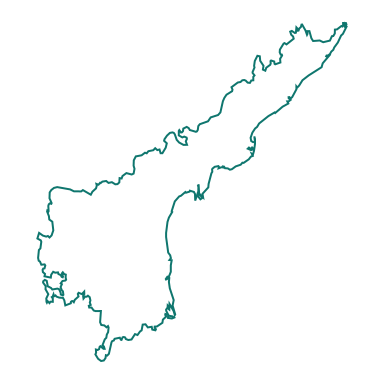 map outline of Andhra Pradesh (Equal Earth projection)
{"feature_id": "IND-2441", "entity_name": "Andhra Pradesh", "entity_type": "State", "adm_level": 1, "iso_a3": "IND", "parent_name": "India", "parent_adm1": "", "projection": "equal_earth", "projection_center": [79.939, 15.897], "detail": "fine", "context": "isolated", "style": "outline", "palette": "teal", "viewbox_px": 384, "rotation_deg": 0, "n_neighbors": 0, "source": "natural_earth", "source_scale": "10m", "svg_char_len": 5876}
<svg xmlns="http://www.w3.org/2000/svg" viewBox="0 0 384 384"><path d="M174.8,315.1L173.6,311.0L169.5,303.9L169.3,309.6L168.7,309.1L168.6,306.7L167.7,305.6L167.6,307.5L166.1,309.6L166.2,310.8L168.7,315.7L172.6,316.4L174.1,317.6L171.9,318.5L168.0,317.9L168.3,315.1L165.4,314.0L165.2,314.8L166.1,316.6L162.9,319.6L162.4,322.8L156.9,326.5L154.7,326.6L154.6,327.8L155.9,329.2L155.4,330.3L152.3,329.6L151.7,326.8L147.8,327.4L145.5,324.3L142.7,324.6L141.6,330.4L140.0,331.5L137.5,335.0L135.0,334.1L131.5,339.5L128.3,340.0L125.8,339.0L125.2,337.5L123.8,337.0L122.6,337.3L121.5,339.9L120.8,339.7L119.8,337.7L114.6,338.8L113.8,340.5L112.2,341.1L111.5,342.3L108.9,353.8L107.2,355.6L105.9,355.2L105.5,358.1L103.8,360.5L101.1,361.0L98.1,358.8L95.4,354.4L96.1,352.7L95.9,349.5L97.6,350.0L99.1,349.1L99.7,346.7L100.4,346.2L103.5,348.8L104.6,348.8L103.9,346.5L102.5,345.2L104.8,339.3L106.3,337.8L106.8,334.6L108.1,332.2L108.6,327.5L108.0,326.1L106.5,327.3L104.3,325.4L101.3,325.0L100.1,322.2L100.9,311.0L95.6,311.1L93.7,310.5L91.5,307.5L89.2,307.5L88.8,305.8L90.7,304.9L89.8,302.6L90.4,300.4L89.7,297.2L87.9,295.7L86.7,296.7L85.1,296.6L83.5,298.6L83.1,296.0L84.3,294.1L84.2,291.6L81.9,294.1L78.6,292.8L77.8,294.0L78.5,296.5L74.8,299.8L73.8,302.2L72.7,301.1L71.7,301.2L70.9,301.9L70.8,303.3L65.3,305.4L64.3,300.3L63.0,297.9L59.2,297.6L56.5,296.6L55.5,295.4L54.0,296.3L53.5,294.4L52.7,296.5L51.8,297.1L52.8,298.5L52.8,301.8L50.4,301.7L49.5,303.1L47.7,301.2L46.9,302.7L46.5,301.9L46.3,298.4L48.3,294.2L45.5,289.2L45.7,286.2L43.1,282.6L43.2,281.3L44.8,279.9L46.7,280.8L47.8,286.3L51.1,288.0L52.3,289.5L57.4,288.6L59.1,289.2L60.7,292.9L60.8,294.5L62.9,295.4L63.4,294.8L62.9,291.3L61.7,290.1L60.6,287.0L61.9,284.2L60.7,283.4L62.5,281.0L65.4,280.5L66.1,279.7L65.6,277.3L65.8,274.6L64.2,274.1L62.8,272.3L61.9,273.4L63.0,276.6L62.7,277.3L61.7,276.9L60.7,275.1L58.4,274.0L58.0,272.4L55.2,272.7L53.2,271.8L51.2,274.7L50.8,277.6L44.5,276.3L45.0,273.9L42.9,272.1L42.6,269.8L43.2,268.6L44.5,268.4L45.3,265.5L44.6,264.4L41.3,264.7L40.0,261.6L38.7,260.7L38.1,257.9L38.9,250.0L40.4,248.4L41.3,241.8L40.8,240.4L37.4,238.5L39.1,232.9L42.9,235.6L46.2,236.6L47.9,236.0L49.5,237.5L51.6,235.4L53.3,230.4L52.3,221.7L49.3,219.5L48.9,216.1L47.1,211.5L47.3,210.6L48.4,211.6L48.6,211.2L48.3,205.9L48.8,204.3L49.8,203.4L51.3,203.8L51.6,203.1L49.5,198.3L49.7,192.4L51.3,190.0L54.0,187.9L57.2,187.1L70.1,189.4L73.9,191.3L81.2,191.4L82.9,190.1L90.8,194.7L92.4,191.7L96.0,188.4L96.8,185.6L96.4,183.9L98.5,184.7L100.1,182.8L100.6,183.1L102.4,181.6L106.2,181.0L108.5,182.9L111.9,182.2L115.3,184.3L117.5,184.1L119.3,182.4L119.6,178.1L121.6,178.5L122.5,176.0L126.4,173.1L131.7,174.5L133.6,173.6L134.5,168.8L133.6,165.7L133.8,160.3L135.8,156.4L141.6,155.3L145.0,152.7L146.7,153.3L148.4,151.2L153.3,150.2L155.2,148.2L157.3,150.1L159.5,149.5L160.6,153.2L162.4,153.2L165.7,147.7L166.8,143.3L164.1,140.8L164.5,139.2L167.0,135.6L169.9,132.9L172.5,132.4L173.8,132.9L174.8,134.3L176.7,139.8L179.1,142.5L183.5,144.9L187.0,144.8L185.8,141.3L186.9,138.9L186.6,137.6L184.2,136.6L182.3,137.4L178.8,135.4L178.8,130.9L179.3,130.1L181.0,132.5L182.0,132.3L183.0,131.1L183.3,128.6L186.7,126.9L188.7,128.1L189.8,130.0L195.9,131.8L196.9,131.4L197.8,129.9L198.3,126.1L199.8,124.2L208.0,121.3L210.7,117.4L218.1,115.0L220.4,112.4L222.9,101.2L224.4,97.8L226.5,94.7L232.1,91.2L232.5,89.6L231.5,87.2L237.8,82.5L240.5,82.0L242.3,80.3L244.2,80.0L245.7,80.6L247.6,82.6L249.9,82.9L251.3,80.5L253.3,80.3L253.3,76.8L254.5,75.4L252.6,72.9L252.6,72.0L254.5,67.5L254.1,65.9L254.8,61.0L257.4,55.8L259.8,56.3L260.2,60.8L263.5,65.8L262.9,69.6L265.3,70.7L266.3,67.7L270.2,64.8L270.7,63.5L270.5,61.1L271.1,60.5L274.2,61.5L274.6,63.9L275.2,64.3L280.4,62.5L280.1,58.8L282.1,55.5L281.8,54.6L280.7,54.6L279.7,52.3L279.9,49.6L283.6,43.6L284.5,43.1L286.5,44.4L293.7,38.7L293.1,36.5L291.2,34.7L290.2,31.6L291.8,30.9L294.9,33.0L295.9,32.7L296.4,27.4L297.4,28.5L297.9,30.7L298.5,30.6L299.3,28.5L300.9,27.0L301.5,24.6L302.1,24.5L305.5,30.5L307.0,34.8L307.5,33.8L307.4,31.1L309.4,31.1L311.4,38.3L313.1,41.0L319.7,40.5L323.2,42.2L329.9,40.6L331.9,36.2L333.3,36.0L334.8,33.5L334.9,29.6L337.0,29.4L341.4,26.0L342.5,26.5L343.1,25.4L343.1,23.0L346.0,23.1L346.6,25.2L345.1,23.5L344.4,25.9L345.2,27.3L346.0,25.9L346.6,26.5L342.9,33.9L341.1,35.5L337.8,42.6L334.2,47.5L333.3,49.8L331.3,51.6L329.9,54.1L327.9,55.5L326.6,55.5L326.2,56.3L327.5,56.8L330.5,54.1L322.7,63.3L321.6,67.2L308.7,75.4L302.5,80.2L299.2,85.5L297.2,87.6L296.4,86.5L296.4,89.3L292.2,97.1L290.6,98.5L289.4,97.1L288.6,97.2L288.7,98.3L290.6,99.9L288.6,101.4L287.3,101.4L288.3,103.5L282.6,106.7L275.2,113.0L274.7,112.4L268.4,116.1L259.1,123.5L257.1,126.9L255.1,128.5L252.4,132.6L250.6,137.8L251.2,141.0L253.0,142.1L254.5,142.1L254.9,141.4L254.3,136.4L255.0,138.9L255.0,143.9L254.0,150.8L253.0,154.4L251.8,153.7L252.8,155.9L250.9,156.6L248.8,159.3L243.6,162.9L242.4,162.7L240.7,164.7L235.7,166.4L231.9,169.2L229.9,169.7L227.8,168.4L225.0,168.2L224.0,166.6L223.3,166.5L223.7,167.6L221.6,167.2L218.6,168.3L219.0,166.9L218.4,166.1L214.7,166.8L212.5,168.6L212.1,169.3L212.3,171.8L211.4,173.3L208.6,183.9L208.3,187.4L202.5,193.8L203.1,197.4L199.1,193.5L198.6,184.3L198.3,185.7L197.8,185.0L198.4,187.0L198.3,191.3L195.2,200.6L195.0,194.0L193.9,191.9L189.9,190.7L189.6,191.6L186.0,192.7L185.4,192.0L180.9,195.8L179.2,196.4L174.8,201.4L171.8,210.8L171.7,211.6L172.2,212.0L168.9,217.6L167.5,221.9L166.1,232.9L166.1,237.0L168.2,252.6L170.2,255.3L170.9,258.2L169.5,260.0L171.7,260.3L170.8,265.3L170.8,271.8L169.0,276.4L167.4,276.7L165.8,279.0L166.0,279.5L166.9,279.2L168.7,277.1L169.3,277.8L168.9,282.0L169.8,288.3L173.7,300.1L172.6,305.5L175.2,314.4L174.8,315.1ZM249.8,148.6L249.2,148.0L249.5,147.0L247.8,148.7L251.0,150.1L251.9,149.8L251.2,149.5L252.3,149.1L252.5,147.9L252.1,147.5L251.4,148.5L249.8,148.6ZM201.4,196.5L202.0,198.2L200.4,199.3L197.5,195.6L198.3,193.8L201.4,196.5Z" fill="none" stroke="#0f766e" stroke-width="2"/></svg>